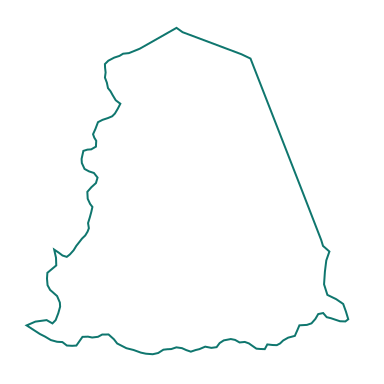 Turvânia, Goiás, Brazil (Albers equal-area conic projection), rotated 272°
{"feature_id": "56859067B2101110431814", "entity_name": "Turvânia", "entity_type": "district", "adm_level": 2, "iso_a3": "BRA", "parent_name": "Brazil", "parent_adm1": "Goiás", "projection": "albers", "projection_center": [-50.164, -16.578], "detail": "fine", "context": "isolated", "style": "outline", "palette": "teal", "viewbox_px": 384, "rotation_deg": 272, "n_neighbors": 0, "source": "geoboundaries", "source_scale": "gbopen_adm2", "svg_char_len": 1859}
<svg xmlns="http://www.w3.org/2000/svg" viewBox="0 0 384 384"><g transform="rotate(272 192 192)"><path d="M129.6,56.3L121.5,58.4L113.9,58.9L106.2,50.3L100.4,50.1L93.8,50.9L89.2,53.6L83.3,60.8L76.9,63.8L72.8,64.2L66.2,62.6L59.2,60.2L55.8,57.1L58.9,51.2L57.0,40.0L52.9,31.4L44.8,44.9L42.4,50.1L39.1,56.1L37.6,62.4L37.5,67.7L34.2,72.3L34.1,77.6L34.5,81.8L43.4,87.6L43.8,93.1L43.1,97.3L44.0,103.1L46.4,107.2L46.7,113.6L42.1,119.1L38.0,122.5L33.6,131.9L32.1,139.0L29.7,146.5L28.8,151.5L28.5,158.4L29.9,163.8L33.4,168.9L34.0,172.9L34.3,176.7L36.2,181.8L35.6,187.4L33.8,191.8L32.4,196.4L34.2,201.2L35.2,204.8L37.9,210.6L36.9,216.8L37.8,222.0L42.0,224.9L44.8,228.9L46.4,235.9L45.7,240.2L43.3,244.8L44.0,250.0L42.7,254.1L37.7,261.8L37.5,265.6L37.5,270.2L42.3,272.6L41.9,278.0L41.9,282.1L43.7,285.3L46.8,288.3L49.8,293.2L51.8,299.8L57.8,302.2L62.5,304.0L63.2,311.5L64.9,316.0L69.4,319.7L74.4,322.4L75.6,327.3L71.6,331.0L70.7,335.3L69.5,339.3L68.0,344.4L68.0,349.8L70.3,352.6L77.9,350.0L85.4,347.0L89.9,339.9L93.9,330.9L104.3,327.2L117.0,327.6L128.3,328.6L137.3,331.4L142.7,324.8L148.5,322.8L196.8,302.1L327.4,245.8L331.4,236.6L351.4,177.0L355.5,170.8L333.4,134.8L328.6,124.1L327.8,118.3L325.5,114.8L323.6,109.6L320.3,103.8L316.8,100.5L313.1,100.8L308.5,101.5L303.3,101.0L298.3,103.1L292.9,104.4L289.9,107.0L285.9,109.4L281.0,112.6L277.7,117.3L272.6,114.9L267.7,112.2L264.9,109.6L263.0,105.5L261.0,100.1L258.5,95.6L251.7,93.3L246.3,91.1L243.0,92.4L239.8,94.5L234.0,94.4L231.1,89.8L230.7,86.0L229.3,82.0L225.0,81.2L221.2,80.5L217.1,80.9L211.3,83.8L209.0,88.4L207.6,93.3L203.1,97.1L197.6,95.7L193.2,91.2L188.5,87.4L181.6,88.0L176.5,90.6L173.6,93.0L168.8,92.1L163.2,90.8L157.3,89.2L152.2,90.2L148.7,89.0L144.8,86.8L141.6,83.7L138.4,81.4L134.2,78.3L129.6,75.7L125.3,72.1L122.8,69.1L124.0,64.8L126.7,61.0L129.6,56.3Z" fill="none" stroke="#0f766e" stroke-width="2"/></g></svg>